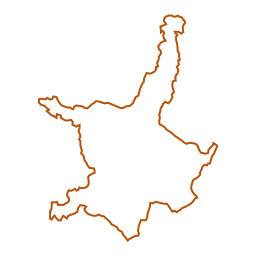 outline of Marilândia do Sul, Paraná, Brazil
{"feature_id": "56859067B82853827773074", "entity_name": "Marilândia do Sul", "entity_type": "district", "adm_level": 2, "iso_a3": "BRA", "parent_name": "Brazil", "parent_adm1": "Paraná", "projection": "natural_earth1", "projection_center": [-51.292, -23.743], "detail": "fine", "context": "isolated", "style": "outline", "palette": "amber", "viewbox_px": 256, "rotation_deg": 0, "n_neighbors": 0, "source": "geoboundaries", "source_scale": "gbopen_adm2", "svg_char_len": 3933}
<svg xmlns="http://www.w3.org/2000/svg" viewBox="0 0 256 256"><path d="M160.8,42.7L158.2,46.4L158.8,49.1L160.6,50.7L161.0,53.6L159.1,56.1L158.8,58.1L158.3,60.5L157.1,62.7L158.0,66.4L155.9,67.0L156.2,69.2L154.7,71.3L152.5,72.7L150.2,73.7L146.6,73.0L145.5,75.5L144.0,78.6L143.8,81.8L142.3,83.7L140.9,86.7L140.0,89.3L138.9,93.2L138.3,95.7L135.9,97.0L134.1,100.5L133.0,103.1L130.1,105.8L128.3,106.2L126.0,106.3L123.6,107.9L120.7,108.1L116.4,106.3L108.2,102.9L104.3,103.3L102.0,102.6L100.4,102.0L97.7,101.3L95.7,101.3L94.4,102.8L92.4,103.9L90.1,105.9L87.4,108.3L84.8,108.1L83.2,106.7L81.2,106.2L79.2,106.0L76.7,105.4L74.3,106.5L73.2,109.3L71.5,108.7L69.9,107.3L68.0,107.6L65.1,106.8L61.3,105.2L59.0,102.3L57.6,99.7L56.5,97.1L53.4,96.5L52.3,99.0L49.9,99.5L47.1,97.8L45.6,99.3L43.9,99.2L42.0,98.7L39.0,99.2L38.8,102.6L41.4,105.0L44.4,105.7L46.3,107.6L49.0,109.7L46.8,111.0L48.8,112.8L51.6,115.4L53.6,115.9L56.5,117.9L56.8,114.1L59.1,114.9L60.9,115.6L61.0,117.9L65.1,120.4L68.0,120.5L71.0,119.8L72.7,121.8L72.5,124.9L74.6,125.7L76.3,126.6L77.9,125.7L79.6,125.0L79.6,128.2L78.5,131.1L80.2,134.9L80.3,137.0L79.0,139.3L80.3,140.9L80.4,143.1L80.4,145.4L81.0,147.9L82.0,150.5L81.1,153.2L83.7,156.1L84.4,160.1L86.3,162.7L87.5,165.4L89.6,167.9L91.9,168.2L94.1,168.4L94.6,170.6L94.6,172.8L92.7,173.6L90.8,174.5L89.1,175.6L88.1,177.3L88.6,180.8L88.7,183.8L87.5,186.4L85.5,187.5L82.8,188.3L79.3,187.5L78.5,189.8L76.7,190.6L74.9,188.8L72.6,190.2L70.8,190.8L68.8,190.3L67.1,193.6L67.3,196.2L68.9,198.1L69.2,200.8L67.1,202.9L65.2,203.6L63.2,205.1L60.3,204.7L58.2,205.1L57.1,202.1L55.1,202.3L51.8,202.3L51.7,206.8L51.3,209.9L50.0,211.4L50.1,214.3L50.1,218.7L51.8,219.5L53.0,217.2L54.5,215.6L56.5,218.4L58.8,220.5L61.1,220.2L61.7,218.2L63.2,215.8L65.2,217.2L66.9,218.4L68.1,216.0L70.4,214.9L72.3,214.3L75.0,213.4L77.1,212.0L78.2,208.1L80.2,205.1L82.4,205.5L84.2,205.6L86.2,206.7L84.4,208.9L85.1,210.9L87.1,213.2L89.1,214.4L91.5,215.2L94.2,215.9L96.8,215.5L98.8,214.5L100.8,215.7L103.7,216.3L105.9,218.2L108.0,220.1L109.9,221.9L111.7,224.5L113.6,225.3L115.3,226.3L117.3,227.4L118.0,229.4L120.0,230.9L121.8,231.7L123.3,235.0L125.5,237.4L127.7,240.6L129.5,238.9L131.3,238.1L133.1,236.8L135.6,236.0L137.9,235.7L139.0,234.0L138.0,230.7L138.9,225.5L139.6,223.6L140.9,220.1L143.8,220.2L145.8,220.2L147.4,217.1L147.3,214.6L149.9,206.7L150.3,202.9L153.0,203.4L155.5,201.8L162.9,203.6L167.2,203.9L172.4,211.7L174.6,210.7L176.5,212.2L178.3,210.9L180.4,209.8L182.0,208.2L184.1,207.3L186.5,206.2L190.6,203.8L192.9,201.7L195.2,198.4L197.2,197.6L196.0,195.7L194.4,194.5L192.6,191.9L191.2,188.9L191.4,185.7L192.5,182.4L192.8,180.4L194.3,179.3L196.0,178.4L198.6,176.5L200.0,174.9L200.1,172.4L201.8,168.7L202.5,166.4L204.7,164.8L206.7,165.5L208.0,163.5L209.9,163.5L210.8,160.4L212.2,155.9L214.3,153.3L215.1,150.7L216.3,148.6L217.2,145.7L215.7,144.7L213.4,143.0L212.6,145.6L210.7,147.3L208.5,149.9L208.1,152.9L205.1,153.8L202.6,152.9L200.8,152.7L198.8,149.2L198.0,146.5L196.6,144.6L194.4,143.4L191.7,143.1L189.3,142.7L186.6,143.8L183.6,142.2L181.8,140.5L180.3,139.6L177.9,137.9L174.5,135.6L171.6,132.9L169.3,131.3L167.0,130.0L164.1,126.8L161.3,125.1L159.6,124.3L159.1,121.4L159.9,117.9L159.2,114.9L160.3,111.1L160.7,108.0L162.3,106.3L162.8,104.2L165.1,101.8L168.2,103.3L170.2,101.3L172.4,97.4L171.9,94.2L173.8,92.5L173.4,89.8L172.4,86.4L172.4,83.5L173.4,80.9L175.7,80.6L175.3,77.7L176.0,75.2L177.6,73.4L178.3,69.9L176.8,67.0L178.8,64.3L178.1,60.5L179.9,59.6L179.0,56.9L179.2,53.9L177.6,50.9L177.6,47.5L177.3,45.4L176.8,42.8L176.1,39.8L176.1,36.8L177.3,34.8L175.8,33.7L174.9,31.8L177.5,31.8L179.4,32.2L180.9,33.6L183.3,32.2L182.8,28.7L182.8,26.4L184.0,24.3L185.2,22.8L184.6,20.9L183.1,19.6L181.9,17.4L179.4,16.9L178.1,15.6L175.7,16.5L173.8,16.7L172.1,15.7L169.2,15.4L166.5,16.4L164.6,17.8L163.8,20.7L166.1,24.1L163.4,25.4L160.5,26.4L161.0,32.4L162.4,31.0L164.1,32.4L163.2,36.0L163.9,38.4L165.6,40.7L163.0,41.5L160.8,42.7Z" fill="none" stroke="#b45309" stroke-width="2"/></svg>